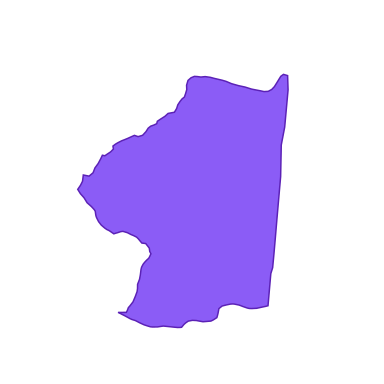 the district of Bomachoge Borabu, Nyanza, Kenya, rotated 289°
{"feature_id": "3690345B98322463475232", "entity_name": "Bomachoge Borabu", "entity_type": "district", "adm_level": 2, "iso_a3": "KEN", "parent_name": "Kenya", "parent_adm1": "Nyanza", "projection": "orthographic", "projection_center": [34.745, -0.906], "detail": "fine", "context": "isolated", "style": "filled", "palette": "violet", "viewbox_px": 384, "rotation_deg": 289, "n_neighbors": 0, "source": "geoboundaries", "source_scale": "gbopen_adm2", "svg_char_len": 2263}
<svg xmlns="http://www.w3.org/2000/svg" viewBox="0 0 384 384"><g transform="rotate(289 192 192)"><path d="M197.6,95.3L193.9,94.9L188.3,94.0L183.2,92.4L178.0,92.2L175.8,90.9L173.5,89.5L172.7,83.7L166.5,85.0L162.1,84.4L157.3,83.1L154.1,87.0L151.4,91.8L147.7,96.3L145.5,101.6L143.5,105.3L142.3,106.8L139.5,108.2L138.1,109.0L136.7,110.1L133.5,113.4L131.1,117.1L129.4,121.5L128.8,123.7L128.5,126.3L127.0,131.7L128.3,133.4L129.3,134.9L131.3,137.5L132.3,139.5L132.5,144.2L131.9,148.3L131.8,150.6L131.3,154.3L130.3,156.4L128.7,159.0L127.4,161.2L128.2,165.0L126.4,167.8L125.0,169.9L122.0,171.4L120.2,173.3L115.8,172.8L114.4,172.2L112.8,171.3L110.1,170.1L107.8,169.3L104.5,168.8L102.2,169.0L99.4,169.6L96.5,170.2L92.4,170.8L87.0,170.6L83.0,171.9L80.0,172.5L74.9,172.4L68.9,172.0L63.9,170.3L62.0,169.5L59.0,169.4L56.8,169.1L54.1,161.3L53.1,168.7L52.4,172.8L52.1,174.5L51.9,176.5L52.0,180.3L51.6,183.1L51.3,185.0L50.8,190.1L50.9,194.3L51.0,196.5L51.4,198.2L53.1,203.1L55.9,208.5L57.1,213.6L57.6,215.7L58.1,217.9L59.2,222.5L60.0,224.7L60.7,226.2L64.1,227.5L66.1,228.6L68.7,230.5L70.8,234.2L71.9,238.0L72.3,240.8L72.9,244.6L73.9,246.9L76.1,251.9L77.8,253.6L81.3,256.4L83.5,256.3L85.8,256.1L90.5,255.4L94.0,257.6L96.5,261.4L98.5,264.8L99.4,266.9L99.8,268.5L100.4,273.1L100.4,275.1L100.3,277.2L100.3,281.9L100.5,284.0L101.2,286.3L103.1,291.0L106.5,296.6L107.8,298.8L109.2,300.9L140.5,293.1L146.7,292.9L160.3,289.6L175.5,285.8L194.9,280.9L227.8,272.7L235.4,270.8L265.5,261.1L283.6,258.5L319.8,249.6L333.2,244.5L333.0,240.2L330.3,238.3L326.8,237.5L323.1,236.7L318.4,235.6L314.9,234.0L312.0,231.3L310.4,227.4L309.9,223.3L309.3,219.2L308.7,214.8L308.5,208.0L307.7,201.3L307.3,194.1L307.7,188.1L307.5,184.0L307.1,180.1L306.7,176.3L306.4,172.0L305.4,166.9L303.6,163.0L302.9,159.5L302.1,156.6L299.7,153.9L296.2,151.9L291.2,152.1L287.1,153.7L283.0,153.9L279.3,153.9L276.8,152.3L273.7,151.2L269.8,150.2L266.0,150.3L261.7,149.4L260.5,147.3L258.5,143.8L254.8,141.8L250.9,138.7L247.6,136.2L245.1,136.4L242.8,134.0L240.8,131.5L238.1,129.8L234.0,128.8L229.5,126.8L226.8,123.0L226.8,119.1L223.9,116.0L221.8,113.8L219.6,111.3L217.5,108.8L214.6,106.0L212.4,104.1L209.7,102.3L207.0,103.7L203.3,101.9L200.6,99.8L197.9,97.8L197.6,95.3Z" fill="#8b5cf6" stroke="#5b21b6" stroke-width="1.5"/></g></svg>